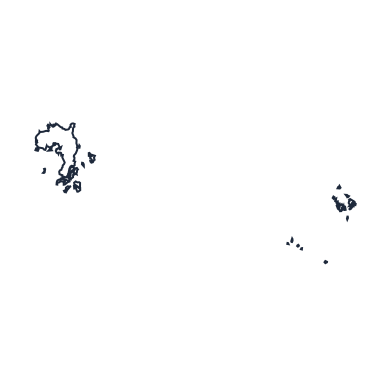 Bintan, Kepulauan Riau, Indonesia, rotated 10°
{"feature_id": "22746128B62804497316712", "entity_name": "Bintan", "entity_type": "district", "adm_level": 2, "iso_a3": "IDN", "parent_name": "Indonesia", "parent_adm1": "Kepulauan Riau", "projection": "equal_earth", "projection_center": [105.325, 0.913], "detail": "fine", "context": "isolated", "style": "outline", "palette": "slate", "viewbox_px": 384, "rotation_deg": 10, "n_neighbors": 0, "source": "geoboundaries", "source_scale": "gbopen_adm2", "svg_char_len": 5859}
<svg xmlns="http://www.w3.org/2000/svg" viewBox="0 0 384 384"><g transform="rotate(10 192 192)"><path d="M57.7,195.2L58.5,197.5L60.4,197.8L60.6,198.3L61.4,198.0L61.7,199.0L65.4,199.5L67.1,196.5L67.2,190.3L67.9,188.0L68.8,187.1L70.9,187.0L71.8,186.0L71.4,184.4L71.7,182.3L69.9,181.9L70.5,180.1L70.2,178.3L69.5,177.8L69.4,176.5L70.8,174.2L71.6,170.7L71.6,169.0L70.9,168.2L71.1,166.8L69.7,164.1L69.3,160.9L68.0,159.5L65.7,158.6L65.7,157.8L63.9,154.7L64.2,153.0L63.8,149.9L64.2,148.7L64.9,148.1L64.4,147.2L64.6,145.4L62.9,145.1L61.5,145.7L60.7,147.0L61.3,149.0L60.3,149.4L59.9,151.2L59.2,151.9L56.5,152.8L55.6,152.1L53.4,152.0L53.0,151.0L51.4,150.9L47.5,148.6L46.5,148.9L46.1,148.4L45.7,149.2L44.3,149.6L44.8,150.6L45.3,150.6L44.3,151.7L43.4,151.8L42.4,150.5L41.9,150.9L40.9,150.0L41.1,150.8L40.1,151.7L39.2,151.6L39.0,151.1L38.6,151.6L38.3,151.3L38.1,151.9L39.0,152.4L39.1,153.6L40.1,153.6L39.7,154.4L39.3,154.1L39.2,154.3L40.3,156.4L40.1,157.0L37.7,157.1L35.0,158.5L32.0,159.3L31.3,158.7L31.4,160.6L29.3,163.5L28.7,165.3L28.9,166.5L30.6,168.4L30.5,169.4L31.0,170.1L30.2,171.0L30.0,172.2L33.0,174.8L37.5,174.8L39.1,176.0L40.3,176.0L40.9,171.7L41.3,172.3L42.8,172.3L44.8,173.5L45.0,172.3L47.3,170.4L47.0,168.8L47.2,167.9L48.4,167.7L48.1,169.2L48.4,169.8L49.1,169.4L49.5,168.0L51.9,167.9L54.1,171.4L55.3,170.4L55.0,172.8L54.4,173.0L53.0,171.9L51.7,172.9L51.5,173.9L51.2,172.6L50.9,173.7L51.2,174.1L50.7,175.2L51.9,176.9L53.3,176.8L53.9,177.7L54.1,176.3L55.8,176.1L56.3,176.3L56.8,178.5L57.2,178.2L57.5,178.6L57.8,177.9L58.4,177.9L58.3,180.5L61.5,185.0L61.2,186.6L60.1,188.3L60.2,190.2L59.7,190.9L59.5,192.8L58.1,193.7L57.7,195.2ZM349.0,171.5L348.3,172.0L349.0,172.5L348.8,173.4L348.3,173.3L348.2,175.6L349.4,176.9L349.5,177.7L349.9,177.4L349.4,178.4L350.1,178.1L350.2,177.1L351.4,176.0L351.5,175.0L352.4,173.9L352.5,174.5L351.7,175.4L352.1,176.4L352.8,175.8L353.0,176.1L352.6,176.2L352.1,177.2L351.9,176.7L351.1,178.5L350.6,178.7L350.9,179.4L350.0,181.4L350.5,181.7L351.4,181.0L352.9,178.0L353.7,178.1L353.8,176.8L354.5,176.2L355.2,176.4L355.3,175.2L354.4,174.7L353.8,173.4L349.0,171.5ZM84.2,171.3L83.6,171.6L84.1,174.4L86.4,174.6L85.7,175.2L85.8,176.3L87.7,177.5L87.8,178.5L87.0,179.3L86.5,179.2L86.7,179.7L87.8,180.6L89.2,179.9L89.9,177.7L90.5,177.2L89.5,175.3L90.1,173.2L85.7,172.6L84.2,171.3ZM75.6,201.8L74.3,203.3L74.9,204.8L80.1,207.2L80.8,206.3L80.2,202.5L79.3,202.0L77.3,202.4L75.6,201.8ZM339.1,177.8L338.3,177.6L338.3,180.0L338.9,181.7L339.2,181.3L339.4,182.0L339.8,182.0L339.6,183.7L340.4,184.0L341.1,185.2L342.3,184.9L342.3,182.1L343.3,182.4L342.9,181.5L342.8,179.3L341.7,178.0L341.0,178.9L340.4,178.8L340.2,179.5L339.6,178.1L339.2,178.5L339.1,177.8ZM61.0,201.2L60.2,201.7L59.9,202.8L58.5,203.1L57.4,204.1L57.1,205.8L57.3,208.1L58.0,208.1L57.8,207.2L58.5,205.8L59.7,205.5L60.4,204.5L62.4,204.1L64.0,204.6L64.8,203.9L64.6,202.7L63.4,201.7L63.1,201.8L63.2,202.0L63.0,201.9L63.1,201.4L61.3,202.1L61.0,201.2ZM72.3,194.2L70.6,192.0L70.0,192.9L69.2,194.8L69.6,197.1L69.0,198.9L68.0,199.8L68.4,200.3L69.3,200.5L69.6,199.6L70.9,199.6L72.3,198.1L71.9,195.7L72.3,194.2ZM74.5,188.3L73.1,188.9L71.9,192.6L73.4,195.0L74.0,194.5L74.4,195.0L74.2,194.3L75.3,194.6L74.7,193.3L75.2,192.8L75.1,190.0L75.7,189.6L74.5,188.3ZM65.5,201.7L64.8,202.0L65.1,204.0L64.0,204.9L64.4,207.1L65.5,206.7L67.8,204.0L69.6,202.9L69.2,201.9L68.2,202.8L65.5,201.7ZM77.5,206.3L77.0,206.9L77.2,207.9L77.0,208.5L79.0,211.6L80.0,211.3L81.6,209.6L81.2,207.6L80.3,207.9L77.5,206.3ZM71.4,188.5L68.4,188.3L67.7,191.6L68.7,193.9L70.3,191.4L72.0,190.5L71.4,188.5ZM71.9,207.2L69.9,208.1L68.8,207.9L68.2,208.4L67.1,209.7L67.3,211.1L68.0,210.9L68.1,211.2L67.9,211.6L68.0,211.8L68.5,212.1L71.2,207.7L71.9,207.2ZM75.0,205.7L74.6,206.1L75.4,209.0L76.9,208.5L77.2,208.1L76.9,207.0L77.1,206.1L75.0,205.7ZM32.4,175.4L30.9,176.0L30.6,177.6L31.6,177.3L31.8,177.6L32.2,177.8L32.4,178.0L31.6,177.6L31.5,178.1L33.1,178.2L33.5,176.6L32.4,175.4ZM46.1,172.9L45.1,172.9L44.7,174.4L43.5,176.2L46.7,175.3L46.0,174.6L46.1,172.9ZM68.0,211.2L67.3,211.3L66.9,212.3L65.7,213.1L66.4,214.0L66.8,213.6L67.9,214.2L68.5,212.5L67.9,211.8L67.9,211.6L68.0,211.2ZM337.5,162.0L336.1,160.3L335.7,161.5L335.1,161.7L334.7,163.1L336.9,162.9L337.5,162.0ZM79.6,182.3L78.7,182.3L78.8,183.8L81.0,185.5L80.6,183.5L79.6,182.3ZM68.0,198.7L68.6,197.5L68.3,196.1L67.7,196.2L66.9,198.9L68.0,198.7ZM335.7,238.9L337.1,237.8L337.1,237.3L335.3,236.8L334.7,238.1L335.7,238.9ZM43.1,194.6L42.3,195.0L43.0,196.3L42.6,198.1L42.0,199.0L42.8,199.0L43.5,198.3L43.4,194.9L43.1,194.6ZM350.1,190.5L349.4,188.4L349.2,191.3L349.7,192.2L350.1,190.5ZM299.1,222.1L299.2,221.0L298.7,220.4L298.3,223.3L298.7,223.9L299.2,223.9L299.5,222.5L299.1,222.1ZM345.6,168.4L345.1,169.1L345.8,170.2L346.8,169.7L347.3,168.8L345.6,168.4ZM333.2,172.4L332.1,171.9L331.6,173.4L332.6,174.1L333.2,172.4ZM338.0,179.7L337.2,179.0L336.8,180.2L337.7,181.7L338.0,179.7ZM337.2,176.0L335.8,176.5L336.2,177.7L336.7,177.9L336.9,177.0L337.2,177.4L337.2,176.0ZM345.8,181.2L345.5,181.8L345.3,181.3L344.9,182.2L345.6,184.0L345.7,182.6L346.3,182.6L345.8,181.2ZM335.1,173.4L334.6,173.8L334.5,175.6L334.6,176.2L335.1,176.3L335.1,173.4ZM344.1,180.9L343.6,179.3L343.1,181.2L343.7,182.3L344.1,180.9ZM72.9,165.6L72.8,166.6L73.5,168.8L73.5,166.2L72.9,165.6ZM68.3,194.5L68.4,193.5L68.1,193.0L67.4,194.9L68.3,194.5ZM344.8,168.0L343.8,168.1L344.8,169.0L344.8,168.0ZM294.9,225.6L294.9,226.6L296.1,226.6L295.4,225.6L294.9,225.6ZM306.2,225.9L305.7,226.9L305.1,226.4L304.9,226.9L305.7,227.4L306.2,227.1L306.6,226.4L306.2,225.9ZM310.2,229.5L310.1,228.2L309.5,228.4L309.2,229.4L310.2,229.5ZM61.9,200.4L61.5,201.1L61.8,201.5L62.8,200.9L61.9,200.4ZM344.8,180.0L344.3,178.9L344.3,180.9L344.8,180.0ZM70.4,199.7L69.7,200.2L69.5,200.8L70.5,200.7L70.4,199.7ZM68.5,195.5L68.1,194.9L67.2,195.4L67.7,195.9L68.5,195.5ZM29.4,168.6L29.6,170.0L29.9,170.1L29.7,168.8L29.4,168.6Z" fill="none" stroke="#1e293b" stroke-width="2"/></g></svg>